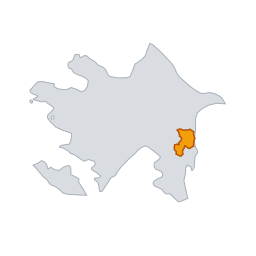 Salyan on a map of Azerbaijan (Equal Earth projection), rotated 350°
{"feature_id": "AZE-1715", "entity_name": "Salyan", "entity_type": "District", "adm_level": 1, "iso_a3": "AZE", "parent_name": "Azerbaijan", "parent_adm1": "", "projection": "equal_earth", "projection_center": [49.041, 39.634], "detail": "fine", "context": "in_parent", "style": "filled", "palette": "amber", "viewbox_px": 256, "rotation_deg": 350, "n_neighbors": 0, "source": "natural_earth", "source_scale": "10m", "svg_char_len": 4203}
<svg xmlns="http://www.w3.org/2000/svg" viewBox="0 0 256 256"><g transform="rotate(350 128 128)"><path d="M174.6,208.0L173.5,207.9L166.2,209.7L164.6,209.2L158.3,200.8L157.0,199.9L154.3,199.6L152.7,198.2L151.4,196.0L150.7,194.3L144.2,189.8L143.2,188.2L143.1,186.7L144.1,185.4L145.2,184.3L148.4,183.2L152.1,182.3L153.3,181.6L153.9,180.4L153.9,178.5L153.3,176.6L147.9,173.1L147.4,171.7L147.2,169.9L147.5,168.0L148.3,166.5L152.7,164.5L155.0,162.4L153.6,160.1L148.9,154.8L143.4,149.0L139.7,149.0L135.4,150.7L128.6,155.6L124.8,157.7L119.8,161.3L114.4,165.2L110.0,169.3L107.2,172.7L102.3,174.2L99.8,177.1L91.5,185.8L89.2,185.7L89.1,181.4L89.2,178.0L88.7,176.0L86.1,173.3L86.1,172.2L86.8,171.5L88.8,171.9L91.5,171.7L92.7,170.7L90.0,167.2L87.5,164.8L85.4,163.2L84.9,162.3L84.9,161.6L85.4,160.8L89.0,158.8L89.4,157.1L89.2,155.1L83.5,152.1L79.2,153.2L75.4,149.9L73.0,147.4L70.0,144.7L67.2,143.2L64.7,139.8L60.2,136.2L57.3,135.2L57.3,134.7L57.9,134.1L59.1,133.5L67.2,133.7L68.2,133.0L68.7,131.5L69.9,129.3L71.2,126.0L71.2,123.2L63.1,118.8L57.2,114.7L53.2,109.3L50.5,104.4L50.7,102.7L51.5,101.1L57.9,96.6L58.3,95.4L58.2,94.6L56.0,92.3L53.2,89.9L52.3,88.2L50.6,87.3L47.2,87.2L41.3,84.3L40.1,84.0L39.8,83.4L40.1,82.8L44.4,81.6L44.3,80.7L43.1,79.4L40.7,78.4L38.5,76.1L37.8,74.0L45.6,67.9L47.8,66.7L52.8,67.8L63.1,71.8L62.4,74.1L63.4,75.4L65.8,77.1L70.3,78.8L74.2,79.7L76.1,79.0L79.1,78.3L83.0,80.3L86.5,82.9L88.3,83.9L89.2,84.2L92.0,83.4L95.2,80.1L96.6,76.1L97.0,74.2L95.1,71.6L91.2,68.7L86.9,66.2L84.1,64.0L82.4,59.6L80.6,59.1L80.1,58.5L79.8,57.1L79.9,55.0L80.6,53.4L82.4,52.7L84.2,52.4L85.8,50.9L87.8,47.9L88.7,46.3L92.5,47.2L93.0,49.9L93.7,50.4L95.2,50.1L97.9,49.0L99.9,49.9L102.6,53.1L106.3,56.4L108.3,58.7L109.0,60.3L110.9,61.8L113.7,63.6L115.9,66.4L117.8,72.9L119.8,74.4L126.9,76.9L129.5,77.4L136.5,78.3L139.0,77.6L142.7,72.0L146.0,66.2L149.0,65.0L154.5,62.2L157.8,59.6L159.2,56.8L162.3,51.4L164.3,48.4L167.5,51.1L173.1,58.3L181.1,70.2L183.1,73.5L184.4,77.4L185.5,82.1L187.3,86.3L195.5,96.8L199.1,100.7L204.8,105.8L206.9,106.9L209.6,107.2L214.5,107.2L219.1,109.2L221.4,110.6L223.7,112.6L225.8,114.9L228.0,121.1L220.0,119.1L212.0,119.4L207.5,120.7L203.1,122.5L199.0,125.1L196.3,130.1L194.1,141.7L190.9,152.6L191.0,157.6L192.5,162.5L192.3,164.8L190.8,165.7L189.0,167.8L186.5,177.8L185.2,179.8L183.6,181.1L183.2,179.9L183.3,177.3L179.8,174.9L177.9,177.5L176.6,183.1L174.1,188.9L173.9,190.0L174.6,208.0ZM56.8,105.4L57.2,103.8L56.2,103.1L55.1,103.1L54.2,103.9L54.2,105.8L55.4,106.1L56.8,105.4ZM29.7,150.6L28.6,149.0L28.0,148.1L31.6,147.4L37.5,145.2L39.1,146.3L40.8,148.4L41.6,150.3L41.7,153.8L42.4,154.3L45.3,153.2L46.5,154.6L48.7,156.3L52.5,157.9L58.0,155.3L60.8,154.7L63.0,154.7L64.2,155.5L64.6,158.2L64.1,161.6L63.5,163.4L64.6,164.7L69.1,167.9L70.9,169.7L70.0,172.8L73.3,180.4L74.3,183.4L75.6,187.0L68.7,185.6L56.3,182.5L52.9,181.0L49.7,176.7L47.9,174.7L45.0,172.1L42.7,171.1L41.0,169.2L40.0,166.5L38.6,164.1L36.1,161.3L30.5,151.6L29.7,150.6ZM38.4,86.2L37.6,86.8L36.4,86.2L36.1,85.1L36.2,83.8L37.4,83.5L38.3,83.9L38.6,85.0L38.4,86.2Z" fill="#d9dde1" stroke="#a8b0b8" stroke-width="1"/><path d="M192.1,149.8L191.4,150.8L190.7,152.0L190.7,152.8L190.3,153.5L189.9,154.6L189.7,155.7L189.5,156.6L189.5,157.3L189.3,157.3L187.9,157.7L186.5,158.2L185.9,158.6L185.3,158.8L184.4,158.6L183.6,158.2L182.4,156.7L181.2,155.4L180.3,156.3L180.2,156.8L179.9,157.5L178.9,158.5L178.8,158.8L178.4,159.1L177.4,160.8L177.5,161.9L177.7,163.0L177.4,163.6L176.7,163.8L175.4,164.8L174.1,164.5L172.5,163.2L170.8,162.0L171.2,160.7L171.4,159.5L170.7,158.5L170.0,157.6L170.2,155.1L171.0,152.7L172.2,152.6L173.5,152.4L174.4,153.0L175.2,153.3L175.4,152.5L175.2,151.5L176.3,150.9L177.0,150.1L177.7,149.9L178.2,149.4L178.7,148.1L179.1,147.4L179.0,146.9L178.5,146.2L177.4,145.2L177.2,144.8L177.4,144.4L177.6,144.0L177.7,143.7L177.6,143.3L177.3,142.8L177.2,142.4L177.2,142.0L177.2,141.1L177.2,140.8L177.1,140.4L176.7,139.8L176.1,138.8L176.1,138.6L176.4,138.7L176.9,138.2L178.1,138.1L179.3,138.0L180.7,139.0L182.1,139.7L183.9,140.0L185.8,140.2L186.4,140.3L187.0,140.4L187.9,140.2L188.8,140.0L189.4,140.5L189.9,141.3L191.0,142.1L192.1,143.0L191.5,144.8L191.6,146.8L191.8,148.4L192.1,149.8Z" fill="#f59e0b" stroke="#b45309" stroke-width="1.5"/></g></svg>